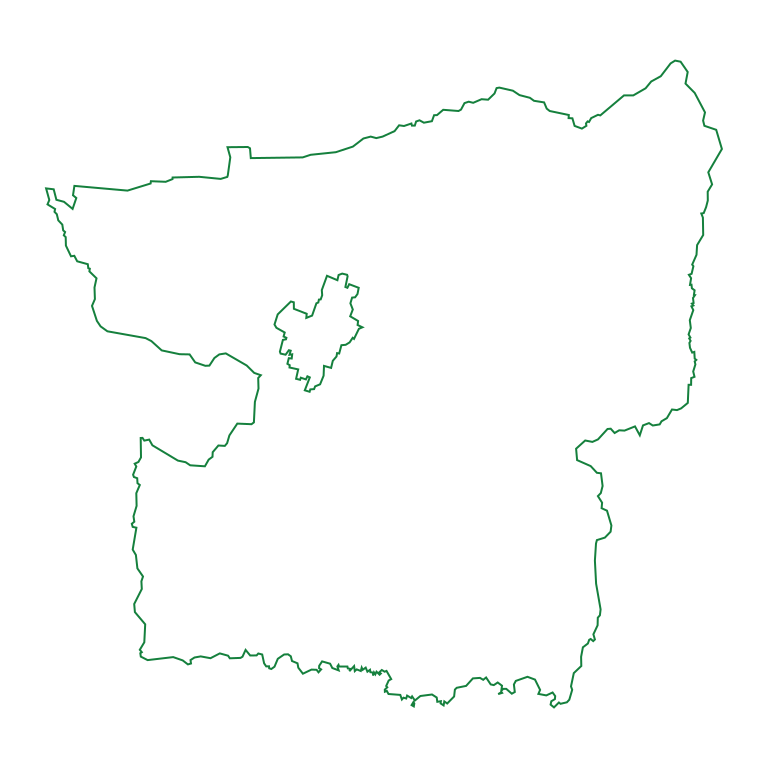 Blitar, Jawa Timur, Indonesia (Robinson projection)
{"feature_id": "22746128B45235083091424", "entity_name": "Blitar", "entity_type": "district", "adm_level": 2, "iso_a3": "IDN", "parent_name": "Indonesia", "parent_adm1": "Jawa Timur", "projection": "robinson", "projection_center": [112.215, -8.132], "detail": "fine", "context": "isolated", "style": "outline", "palette": "green", "viewbox_px": 768, "rotation_deg": 0, "n_neighbors": 0, "source": "geoboundaries", "source_scale": "gbopen_adm2", "svg_char_len": 6079}
<svg xmlns="http://www.w3.org/2000/svg" viewBox="0 0 768 768"><path d="M566.9,702.3L569.3,699.7L572.2,689.8L571.0,686.4L573.8,673.1L581.3,666.0L581.1,656.8L582.9,647.3L587.9,643.5L589.2,639.8L590.7,639.0L593.2,641.1L594.9,639.5L593.4,634.3L597.6,625.3L597.8,617.7L599.9,615.3L600.6,609.4L596.1,583.7L594.9,560.6L596.0,543.5L596.9,540.1L604.9,537.6L610.6,531.7L611.4,525.5L607.0,510.7L601.6,508.2L602.1,502.7L597.9,496.1L600.8,493.1L602.6,486.0L601.0,473.3L596.9,472.8L590.7,466.1L577.1,460.1L576.1,448.7L585.2,440.5L592.4,441.9L598.0,439.4L607.5,429.0L610.7,428.7L614.6,433.0L619.2,430.3L624.5,430.6L635.0,426.4L639.8,435.3L643.0,425.4L649.0,423.1L652.8,425.5L659.7,424.4L661.5,421.3L666.9,418.1L672.0,409.5L677.0,410.1L681.1,408.4L687.8,402.9L688.6,384.8L691.1,384.8L691.2,378.1L694.5,376.8L693.2,371.5L695.4,364.4L694.7,361.4L696.3,359.9L694.7,358.6L694.3,351.9L692.2,352.6L690.0,347.8L689.4,342.9L690.6,340.9L689.2,338.4L690.4,337.6L688.6,334.4L690.8,328.0L689.8,320.2L693.3,310.1L691.4,306.3L693.4,305.5L691.9,303.6L693.6,303.0L693.0,298.0L695.0,295.1L693.9,294.9L694.6,290.3L691.9,288.3L691.5,284.7L690.0,284.9L691.1,278.2L688.9,274.8L691.6,273.8L693.4,266.2L692.2,264.6L696.5,254.8L697.1,245.1L703.2,235.0L702.9,217.6L701.3,213.5L703.7,213.1L706.1,207.1L707.8,200.5L707.7,191.7L712.1,184.4L708.3,172.3L721.9,149.0L716.2,129.8L704.4,125.8L703.1,120.6L705.0,112.4L694.7,92.9L685.5,83.6L687.7,72.0L680.6,61.7L675.1,60.6L670.6,63.4L660.8,76.2L651.2,81.5L645.6,88.3L633.3,95.4L624.0,95.4L600.3,115.4L598.0,114.8L591.2,118.1L589.0,122.0L587.6,121.4L586.0,123.4L586.4,125.8L581.9,128.6L574.6,125.9L572.4,118.3L568.6,118.1L568.8,115.0L549.7,111.0L546.7,108.6L544.1,102.4L534.0,100.8L529.9,97.8L519.5,95.1L512.9,90.7L499.3,87.6L496.6,88.1L494.5,93.5L488.1,99.7L481.6,99.2L473.2,102.8L468.7,101.7L464.5,103.1L461.0,109.6L458.5,111.0L443.2,109.8L437.0,115.1L434.1,115.2L431.9,121.2L423.9,122.7L419.5,120.3L416.1,121.5L414.8,125.6L411.9,125.6L411.4,123.5L404.0,126.0L399.1,125.3L394.6,131.1L382.6,136.6L376.3,138.1L370.7,136.6L363.4,138.5L352.9,146.6L335.8,152.2L310.6,154.8L302.7,157.4L250.8,158.1L250.0,148.3L247.8,147.0L227.5,147.2L230.3,157.3L227.8,175.3L227.3,176.9L220.7,178.9L199.2,176.8L172.6,177.5L172.5,179.1L165.7,181.8L150.9,181.2L150.6,183.5L127.5,190.6L74.4,185.9L73.0,195.3L76.3,198.0L72.6,208.9L64.0,201.8L56.4,199.8L53.7,189.3L46.1,188.4L49.3,200.0L47.5,204.4L55.1,209.0L54.5,211.8L56.8,214.2L58.3,220.4L62.3,224.6L63.2,230.4L65.1,232.0L63.8,235.3L65.7,237.1L65.9,245.6L71.0,256.3L74.3,255.8L77.2,261.3L87.8,264.2L88.3,268.2L89.8,268.7L89.4,271.4L96.5,278.3L94.5,287.5L94.9,299.1L92.0,305.9L96.9,320.9L100.6,326.4L107.4,331.3L145.6,338.1L151.4,341.1L161.7,350.4L179.6,354.2L189.6,354.4L195.2,362.4L205.3,365.8L209.4,365.6L214.4,358.0L219.3,354.4L225.8,353.4L246.7,365.5L254.2,372.9L260.8,375.2L258.2,378.0L258.5,388.6L254.9,401.9L253.9,422.4L251.5,424.2L237.3,423.6L229.4,435.4L227.1,443.2L224.8,445.9L218.4,445.5L212.7,452.2L212.5,456.8L208.7,459.6L204.9,466.3L190.2,465.3L185.6,462.2L177.9,460.6L152.4,445.3L149.2,439.6L144.3,440.6L142.5,437.9L140.7,438.0L141.0,457.4L138.4,462.0L134.7,463.7L136.3,466.5L133.1,474.7L133.9,477.0L137.2,478.2L137.5,483.2L139.8,485.0L136.3,493.2L136.6,505.9L133.5,516.3L134.3,521.7L131.8,523.8L132.7,526.9L136.4,527.7L132.7,549.6L135.9,555.0L137.4,568.4L143.0,576.5L141.4,581.3L141.8,589.0L134.2,604.0L134.9,612.1L145.2,624.3L144.3,642.3L139.8,649.8L141.8,652.2L140.3,653.2L140.8,656.6L147.6,660.1L173.2,657.1L182.7,660.4L187.9,664.4L191.0,663.5L190.5,660.1L194.5,657.5L200.7,656.4L210.5,658.2L219.8,653.4L228.1,655.7L229.8,658.3L240.5,657.9L242.5,656.7L245.6,649.9L250.2,655.5L256.6,655.4L258.3,653.5L262.2,654.5L264.1,663.3L266.2,666.4L269.0,666.3L269.2,668.3L271.3,669.0L274.5,666.7L277.8,658.8L284.1,654.5L288.0,654.3L290.8,656.3L292.0,661.0L297.5,663.3L298.3,667.7L302.9,673.7L311.5,669.6L316.6,669.8L318.5,672.3L321.1,669.4L319.1,668.2L319.2,665.8L322.1,661.4L330.1,663.7L332.3,668.0L338.7,670.4L337.4,666.4L338.5,664.9L339.0,666.5L347.4,666.5L347.8,668.4L350.4,668.9L349.4,671.2L354.1,666.1L354.8,671.1L356.7,669.4L360.8,671.0L361.7,667.6L362.7,669.8L365.7,667.6L367.4,671.7L370.0,669.8L370.4,672.2L373.1,672.6L373.0,675.6L374.0,672.4L375.3,674.4L376.5,671.7L379.6,674.7L380.8,673.5L379.2,672.4L381.8,670.0L384.6,671.7L386.5,670.9L391.2,679.1L388.7,680.5L386.2,686.0L387.3,687.3L384.8,689.6L384.9,691.7L386.8,690.9L388.5,694.0L400.3,694.9L401.9,699.5L403.5,697.7L406.2,698.5L407.1,695.6L411.2,698.0L412.1,696.4L414.9,700.5L420.4,696.0L432.0,694.5L436.7,697.5L437.3,701.8L440.9,701.2L440.6,703.4L443.6,705.4L444.3,701.4L447.2,703.5L454.1,696.5L454.9,689.6L456.7,687.8L466.1,685.9L472.9,678.4L480.0,677.9L483.2,679.8L486.1,677.5L490.7,684.4L493.8,685.1L497.7,682.5L502.0,685.7L501.3,690.8L503.2,688.9L506.3,688.9L511.8,693.7L514.8,692.0L513.9,684.5L515.8,680.9L527.5,676.8L535.0,679.6L540.1,689.9L538.4,693.9L546.3,695.4L552.6,692.5L555.2,696.1L554.9,699.1L551.3,701.3L550.6,704.6L554.0,707.4L558.9,702.5L560.5,703.8L566.9,702.3ZM342.2,273.6L347.1,274.8L347.6,276.3L345.4,287.0L347.4,287.8L349.2,284.2L358.7,287.8L357.5,294.0L355.1,297.3L352.1,297.6L350.4,303.3L352.8,309.5L350.2,316.3L358.1,321.0L357.6,325.0L362.4,327.3L358.9,328.8L354.0,338.9L352.7,337.8L349.6,342.4L345.7,344.8L341.4,345.2L339.2,353.5L337.1,353.1L336.5,356.5L332.8,360.8L331.1,367.9L324.0,365.9L323.6,375.7L320.1,384.3L315.1,386.4L314.1,389.1L310.3,389.4L309.6,391.8L304.8,390.3L309.8,377.4L307.4,376.3L305.9,379.4L300.8,377.7L300.1,379.8L296.1,378.8L298.2,369.4L289.5,367.5L289.7,365.2L287.4,363.8L288.8,358.2L291.7,358.5L292.2,354.3L289.5,354.8L290.7,350.7L288.9,350.2L285.6,354.7L280.6,353.6L279.9,351.7L282.9,339.9L286.0,339.3L286.4,337.8L283.6,336.5L284.7,332.5L276.4,327.8L274.5,324.5L277.7,314.4L290.9,301.5L293.8,302.3L293.9,308.8L306.7,313.8L306.3,317.9L312.1,315.6L316.4,303.3L318.3,302.5L318.9,299.6L320.7,299.4L322.2,295.2L321.8,290.1L327.0,275.8L337.4,280.2L338.6,275.0L342.2,273.6ZM498.2,694.1L502.1,692.9L501.5,692.1L498.2,694.1ZM413.8,706.4L414.3,703.4L413.4,702.1L411.6,705.1L413.8,706.4Z" fill="none" stroke="#15803d" stroke-width="2"/></svg>